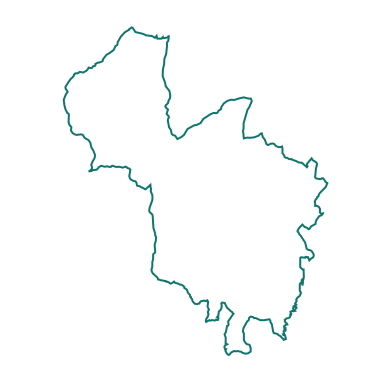 outline of Sacuieu, Cluj, Romania, rotated 94°
{"feature_id": "2599482B66272084006020", "entity_name": "Sacuieu", "entity_type": "district", "adm_level": 2, "iso_a3": "ROU", "parent_name": "Romania", "parent_adm1": "Cluj", "projection": "robinson", "projection_center": [22.862, 46.778], "detail": "fine", "context": "isolated", "style": "outline", "palette": "teal", "viewbox_px": 384, "rotation_deg": 94, "n_neighbors": 0, "source": "geoboundaries", "source_scale": "gbopen_adm2", "svg_char_len": 5927}
<svg xmlns="http://www.w3.org/2000/svg" viewBox="0 0 384 384"><g transform="rotate(94 192 192)"><path d="M318.4,163.2L318.6,160.3L317.9,159.1L317.9,157.3L317.4,157.2L317.3,157.9L316.5,156.8L314.4,157.2L314.7,158.0L312.8,157.0L309.5,156.9L307.5,155.2L305.5,154.5L302.8,154.5L301.2,155.0L300.2,154.3L300.4,151.6L304.8,149.1L308.4,144.7L309.1,143.4L310.3,142.8L310.5,142.2L318.6,146.9L321.8,146.3L322.7,146.6L323.2,147.7L329.5,148.4L331.7,149.6L335.0,148.2L340.7,147.9L341.4,146.3L342.6,148.2L343.9,148.9L345.0,148.7L346.8,147.9L346.6,147.1L348.0,147.6L350.3,146.3L351.7,144.9L352.0,143.9L351.2,142.9L349.4,141.8L347.7,139.0L347.9,137.1L347.5,135.7L347.9,132.0L348.9,130.3L349.6,127.4L349.0,124.8L347.1,122.4L344.0,122.5L340.6,123.8L340.3,124.4L340.0,126.6L338.7,128.2L336.2,129.9L329.4,130.4L327.7,131.5L324.2,131.2L317.2,127.9L316.1,126.6L313.3,126.1L312.2,124.7L312.5,122.5L313.5,121.3L313.3,119.7L315.1,114.9L314.9,111.4L313.6,105.9L314.8,104.9L316.3,104.7L318.2,103.2L325.5,101.3L327.0,100.6L327.6,96.9L328.6,95.9L329.9,93.2L330.7,92.7L331.9,91.0L333.1,90.2L332.1,88.1L328.4,89.2L328.1,89.6L328.4,90.7L328.3,90.9L328.1,91.0L328.3,90.3L327.4,90.7L326.9,90.2L325.0,90.9L323.6,90.5L323.5,89.6L323.8,89.1L323.5,89.0L321.3,89.2L321.5,90.3L319.5,90.8L318.7,89.6L318.0,89.4L317.5,87.7L316.4,88.4L315.4,89.9L313.2,90.6L311.6,89.1L310.9,86.7L309.8,85.4L307.5,85.4L307.5,84.6L306.4,84.5L306.2,85.0L304.5,85.4L303.7,83.6L303.9,82.4L303.4,80.9L301.5,83.1L298.9,82.7L298.2,81.6L301.0,80.2L300.3,79.6L297.9,81.1L297.1,80.2L296.2,81.4L293.5,80.0L292.4,80.5L291.3,80.2L289.9,79.3L288.3,77.4L285.8,76.4L284.5,76.4L283.7,77.3L282.1,77.7L276.6,78.0L275.9,77.9L274.3,76.3L272.1,76.4L271.1,75.5L274.3,75.5L275.3,76.0L277.5,75.1L273.1,75.1L269.2,74.5L261.4,75.3L261.5,76.5L259.4,78.8L250.2,79.4L249.5,78.7L249.7,74.6L248.8,74.2L248.8,72.9L249.3,72.4L249.0,71.7L252.0,70.2L250.4,68.9L248.7,66.6L247.1,66.1L245.5,66.4L242.6,68.5L241.9,69.7L241.7,71.8L240.7,73.6L234.5,75.6L227.6,80.9L226.8,81.9L224.7,83.1L224.2,83.9L223.2,84.0L220.1,82.4L216.8,79.6L219.0,77.2L219.7,74.7L220.9,73.3L220.7,72.3L218.0,70.8L215.3,66.6L213.8,66.6L211.0,65.8L207.2,63.4L206.2,61.3L204.8,60.0L204.2,59.9L204.6,61.0L204.4,61.9L203.6,63.0L200.1,63.1L198.0,64.4L197.1,66.4L197.2,68.3L195.5,68.2L193.1,68.9L190.9,68.1L189.4,66.9L188.0,66.6L187.7,65.7L185.3,65.1L184.1,64.4L177.6,58.9L173.7,57.6L172.9,59.1L169.3,62.0L169.2,63.2L170.1,64.4L170.2,66.4L169.8,69.0L168.8,70.2L160.4,70.0L155.2,69.2L154.0,69.9L153.1,71.3L151.8,73.9L150.1,75.0L155.7,79.1L156.8,79.2L158.3,78.5L159.3,79.1L155.2,84.4L155.1,87.4L153.8,90.5L152.9,94.0L152.2,95.0L152.5,95.6L152.3,97.6L151.3,99.4L151.2,101.2L150.6,102.1L149.0,102.6L146.9,104.5L142.1,104.8L140.3,105.4L141.1,106.9L141.2,109.1L140.0,111.8L138.3,113.5L138.0,114.7L138.3,116.7L139.7,119.1L139.8,119.9L138.8,121.2L134.7,123.0L132.3,125.2L128.6,126.5L129.0,127.6L131.2,129.5L133.2,134.0L133.9,138.1L133.9,140.8L134.9,144.0L127.1,145.4L125.5,145.0L119.8,145.3L106.2,142.4L103.4,140.8L97.8,138.9L96.8,138.8L94.7,139.9L94.9,142.0L94.0,146.9L95.1,150.9L97.2,156.1L97.3,159.8L98.8,163.3L101.5,166.5L105.5,168.8L107.3,168.8L109.0,171.2L110.6,171.8L111.5,172.7L111.7,173.6L111.5,175.8L113.4,179.4L118.3,185.8L122.7,188.3L125.0,192.5L125.2,194.3L129.5,200.9L135.5,203.9L137.9,206.4L140.2,210.3L137.1,212.6L136.4,215.1L135.6,216.2L131.2,217.6L129.2,219.3L122.6,221.1L120.9,221.0L119.0,220.2L117.9,220.7L115.8,222.8L111.4,221.7L110.1,223.4L108.6,224.6L107.5,224.3L105.1,222.2L102.1,221.6L99.8,220.4L97.2,220.4L92.7,221.6L88.3,225.6L84.7,226.5L78.6,229.3L71.9,229.6L66.2,228.7L61.5,228.9L56.1,227.4L47.8,227.1L45.7,227.4L44.2,227.2L43.0,226.2L38.3,226.0L38.3,226.5L39.1,226.8L39.6,227.5L40.1,229.2L40.6,231.7L39.5,231.9L41.2,233.4L41.4,237.3L38.7,238.2L40.8,239.7L39.2,242.7L38.9,249.2L38.5,249.5L37.6,252.3L36.4,259.6L32.4,262.6L32.0,263.8L33.0,264.6L33.7,265.9L34.4,265.9L37.3,270.1L42.1,273.9L47.6,276.5L50.5,276.8L51.9,278.6L55.8,280.0L59.5,284.4L61.0,286.8L65.7,290.0L67.4,290.2L68.2,291.1L69.5,293.9L69.4,294.9L71.0,297.3L71.8,297.1L73.2,297.8L73.3,299.2L75.3,300.6L75.5,301.1L75.1,303.8L77.1,304.7L78.5,305.9L80.4,308.9L80.0,312.3L81.6,314.4L81.8,316.7L83.2,317.9L84.1,317.9L86.1,319.2L87.4,320.7L91.2,323.0L95.5,325.4L96.6,325.6L97.9,325.2L100.3,323.2L101.0,323.1L103.3,324.6L108.9,326.4L114.6,325.3L118.7,323.8L122.0,321.8L122.4,320.7L123.3,320.2L131.2,320.0L134.1,318.6L135.5,316.9L139.2,317.0L141.6,315.1L142.7,313.0L143.1,310.9L142.3,307.2L142.5,305.1L145.6,302.8L147.5,298.8L150.0,296.9L154.5,295.5L157.6,293.3L162.1,291.2L165.1,291.6L168.5,293.3L172.0,294.4L174.1,293.5L175.8,293.5L177.9,295.2L178.7,296.6L178.1,293.8L177.2,292.5L176.3,288.5L173.5,286.4L172.2,284.4L172.9,280.8L172.3,278.5L172.8,275.8L172.4,274.4L171.6,273.9L171.4,273.3L172.3,269.3L171.9,266.4L172.5,262.8L171.3,259.9L172.0,258.6L172.6,258.2L173.0,256.1L174.1,255.0L180.6,255.7L183.1,254.7L184.6,252.5L185.4,249.0L186.6,248.1L189.5,247.2L190.0,244.5L192.6,238.6L187.8,234.0L190.2,233.7L191.3,233.1L194.2,233.2L198.0,231.3L201.1,231.0L203.3,231.1L210.3,233.1L213.5,233.4L214.9,232.9L217.1,230.2L218.3,229.6L230.5,228.0L235.8,225.9L237.8,225.7L239.5,224.7L243.2,224.7L247.5,225.6L254.4,224.5L255.1,224.7L256.4,226.1L257.4,226.4L261.4,226.1L264.7,226.7L268.9,226.4L272.6,227.0L274.3,226.5L276.2,225.1L279.7,220.6L281.7,219.7L281.7,218.4L282.3,217.0L282.2,215.1L282.8,213.2L282.5,212.1L283.4,211.2L283.2,210.3L283.8,208.8L284.9,207.2L284.4,205.7L282.6,203.7L283.7,202.7L284.3,199.7L285.3,197.3L285.3,195.8L285.8,194.8L287.3,193.0L288.2,193.0L289.7,190.4L292.8,189.0L294.7,187.0L296.7,186.4L296.9,185.7L298.2,185.3L298.7,184.5L301.0,183.8L303.2,181.5L303.6,179.1L302.8,177.8L302.8,176.9L300.9,176.1L300.2,175.1L299.5,172.3L300.0,170.4L299.0,169.3L300.4,168.2L305.1,168.5L308.3,166.9L309.2,167.5L311.5,167.7L312.6,167.0L315.3,167.6L317.9,169.0L320.3,169.1L320.6,168.9L320.4,168.5L318.6,165.6L319.1,164.8L318.4,163.2Z" fill="none" stroke="#0f766e" stroke-width="2"/></g></svg>